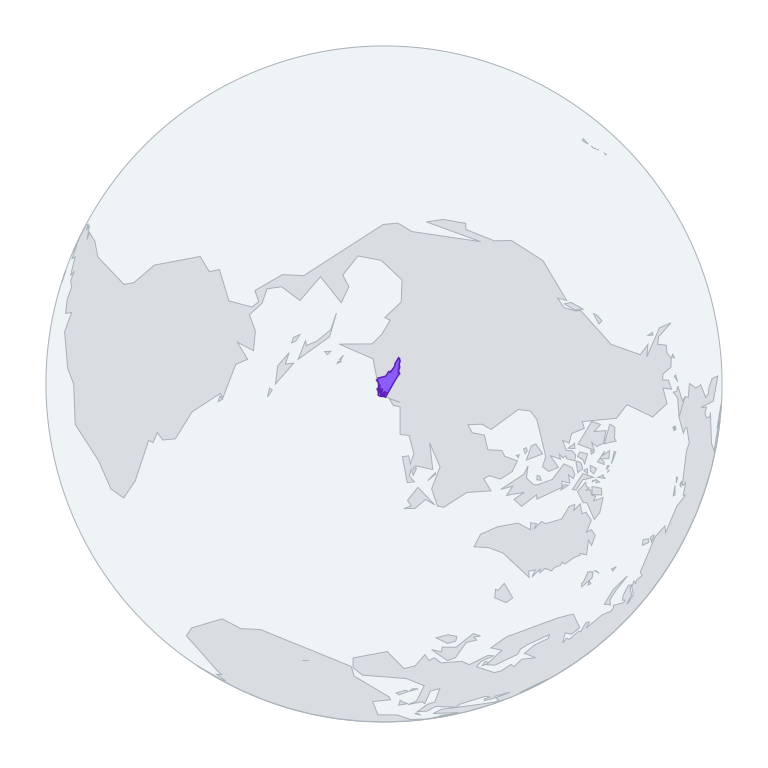 globe centered on North Carolina, rotated 120°
{"feature_id": "USA-3549", "entity_name": "North Carolina", "entity_type": "State", "adm_level": 1, "iso_a3": "USA", "parent_name": "United States of America", "parent_adm1": "", "projection": "orthographic", "projection_center": [-78.085, 35.229], "detail": "fine", "context": "on_globe", "style": "filled", "palette": "violet", "viewbox_px": 768, "rotation_deg": 120, "n_neighbors": 0, "source": "natural_earth", "source_scale": "10m", "svg_char_len": 14926}
<svg xmlns="http://www.w3.org/2000/svg" viewBox="0 0 768 768"><g transform="rotate(120 384 384)"><circle cx="384" cy="384" r="338" fill="#eef3f6" stroke="#a8b0b8"/><path d="M383.4,536.9L375.4,533.6L367.6,542.5L340.1,526.7L330.3,507.7L246.3,464.5L237.8,452.5L238.0,435.9L212.4,371.4L222.4,428.3L211.9,415.1L204.1,393.5L209.2,390.4L204.9,360.1L196.0,345.4L197.7,308.1L220.3,267.6L222.8,276.5L227.9,266.5L225.1,255.1L222.1,250.2L236.1,207.2L230.5,176.8L217.8,175.2L229.1,170.0L197.7,173.5L187.6,166.1L205.7,169.8L212.8,166.9L209.3,159.0L215.8,154.4L217.8,148.3L225.9,143.9L235.8,147.4L241.2,144.8L238.5,139.6L244.8,132.4L248.0,140.4L259.4,129.1L278.2,134.9L280.4,163.2L297.5,165.6L317.5,193.6L322.3,188.3L333.0,196.8L342.6,194.1L343.6,200.9L350.4,193.1L347.7,187.5L349.8,182.4L355.2,180.5L357.4,188.6L355.0,190.6L358.5,192.1L357.2,197.1L360.9,193.6L362.9,204.1L369.0,191.3L377.3,197.7L376.4,205.4L366.0,207.6L338.3,233.9L334.2,243.9L338.9,254.9L369.9,268.6L369.8,279.0L377.2,290.9L382.1,283.3L378.1,271.5L389.0,261.2L382.7,248.8L386.2,243.2L383.9,230.1L395.6,229.2L408.2,235.7L410.7,246.8L416.2,250.4L423.0,238.0L436.5,258.0L460.8,270.6L463.0,276.6L451.0,290.3L427.8,294.0L412.1,315.1L433.7,298.9L439.0,315.7L444.7,317.8L451.1,315.9L453.5,308.8L457.7,314.5L437.9,331.7L433.8,326.8L440.1,321.1L429.3,323.3L416.0,336.6L419.7,344.8L395.6,358.7L398.0,365.1L394.1,372.2L391.9,360.8L395.3,382.0L367.7,406.1L371.8,442.7L355.3,414.4L341.9,410.7L325.7,410.5L326.1,416.4L304.3,410.1L284.9,420.4L278.3,448.1L286.1,470.6L310.3,474.2L317.4,463.0L335.0,461.7L322.8,492.6L353.7,498.5L350.9,521.2L360.0,532.9L375.3,530.0L391.3,535.2L402.4,521.9L420.4,513.7L421.1,531.8L430.8,514.5L441.1,522.2L476.7,516.6L474.0,521.1L504.1,536.3L535.8,537.3L543.1,547.5L539.4,556.0L550.2,554.8L550.4,559.6L592.3,551.0L612.8,552.5L611.4,568.1L593.0,593.1L573.3,631.3L539.3,652.6L528.6,665.7L498.7,686.6L478.3,690.3L482.1,695.0L469.2,700.6L455.5,703.2L451.4,707.0L441.2,708.5L446.9,709.6L428.3,715.1L431.3,716.8L417.3,719.6L419.6,719.8L415.0,720.3L409.7,720.8L408.6,721.0L395.3,721.4L393.6,719.9L399.9,718.5L393.9,718.4L407.3,713.4L400.1,714.8L405.1,705.6L417.0,695.4L427.8,659.0L421.2,651.2L395.8,642.3L365.5,607.0L374.1,591.4L367.2,583.7L389.6,559.9L383.4,536.9ZM71.8,334.1L74.2,327.1L74.0,334.0L71.8,334.1ZM74.9,321.2L74.2,323.9L74.6,321.3L74.9,321.2ZM74.6,318.3L74.8,320.4L74.3,318.6L74.6,318.3ZM73.9,315.1L74.4,316.5L74.2,316.6L73.9,315.1ZM370.3,454.8L405.6,470.7L385.8,473.6L389.5,470.4L380.5,463.6L363.8,457.3L346.4,460.6L370.3,454.8ZM74.0,308.2L74.1,306.3L74.8,307.0L74.0,308.2ZM385.4,434.8L379.3,433.6L385.2,433.3L385.4,434.8ZM219.6,249.0L224.4,255.5L224.5,267.9L219.8,262.8L219.6,249.0ZM220.4,226.8L224.5,228.0L218.3,237.7L217.9,234.0L220.4,226.8ZM207.2,175.6L209.9,179.7L205.1,177.4L207.2,175.6ZM216.7,148.3L213.9,148.8L216.1,145.5L216.7,148.3ZM377.7,231.6L380.7,230.9L379.6,233.7L377.7,231.6ZM373.8,226.9L370.3,230.6L367.9,228.9L370.1,226.6L373.8,226.9ZM230.5,135.9L235.0,130.9L232.2,136.5L230.5,135.9ZM378.7,222.7L364.2,225.5L360.1,222.6L365.2,211.7L378.7,222.7ZM238.8,128.4L249.5,117.1L244.2,116.9L265.3,111.9L249.2,122.7L246.5,129.4L244.0,126.7L238.8,128.4ZM344.5,186.5L347.6,192.4L340.0,189.3L344.5,186.5ZM339.1,185.9L312.7,185.4L310.7,176.4L320.0,178.1L313.4,168.5L325.5,164.2L331.8,168.6L330.6,175.1L336.1,168.7L339.1,185.9ZM275.3,111.4L279.4,109.5L277.0,112.3L275.3,111.4ZM350.0,180.1L344.9,180.5L342.8,172.7L352.8,170.4L350.2,173.6L350.0,180.1ZM305.8,168.3L306.0,162.4L315.9,157.2L317.3,154.4L325.6,163.4L305.8,168.3ZM353.5,174.5L357.9,169.6L363.8,171.8L354.9,179.2L353.5,174.5ZM338.1,171.7L337.6,168.0L341.1,169.3L338.1,171.7ZM387.2,177.8L381.1,177.9L379.5,173.7L387.2,177.8ZM359.1,167.7L357.1,166.9L355.8,165.5L359.8,162.9L359.1,167.7ZM331.9,159.4L336.0,158.7L329.0,155.4L336.1,151.9L340.4,158.7L341.5,154.3L343.7,153.2L344.7,160.1L331.9,159.4ZM360.0,155.9L367.8,164.2L379.6,164.5L381.3,168.1L362.1,167.0L360.0,155.9ZM350.9,157.7L356.9,157.3L356.1,161.7L351.4,164.7L350.9,157.7ZM339.4,147.2L327.4,150.8L326.9,149.2L339.4,147.2ZM363.6,155.1L361.6,153.2L364.5,154.6L363.6,155.1ZM347.0,148.5L342.8,149.8L342.4,148.0L347.0,148.5ZM361.1,148.4L363.6,150.9L360.6,152.9L361.1,148.4ZM354.8,147.7L355.1,144.9L358.0,152.1L353.0,148.6L354.8,147.7ZM347.2,146.5L345.6,145.9L349.0,146.2L347.2,146.5ZM371.3,139.9L375.6,148.5L368.8,152.6L365.6,143.6L371.3,139.9ZM408.7,721.0L396.2,721.5L408.1,721.0L417.7,720.1L425.3,719.4L408.7,721.0ZM444.6,716.3L455.0,714.2L457.0,713.8L450.4,715.3L444.6,716.3ZM656.5,184.2L655.0,182.2L654.7,181.8L654.2,181.1L659.7,188.6L661.3,190.9L658.5,187.4L661.8,191.6L675.3,212.7L687.2,234.8L697.4,257.7L705.9,281.2L712.7,305.4L717.6,330.0L720.7,354.9L721.9,379.9L721.3,405.0L721.4,399.9L721.2,376.4L720.2,372.6L719.1,383.9L717.0,379.4L715.6,385.0L700.8,429.2L691.4,428.6L668.3,406.8L667.4,385.4L658.5,368.5L645.0,271.2L651.9,263.8L652.4,223.0L654.2,220.5L664.7,235.0L673.6,223.9L663.9,206.9L661.4,193.5L652.9,179.7L631.2,155.0L644.9,176.8L636.8,171.5L617.4,145.9L603.9,128.8L600.3,126.3L600.0,130.5L588.0,120.8L598.9,131.8L601.1,131.6L608.1,138.9L606.5,139.6L602.3,135.9L603.8,140.2L623.5,158.3L627.8,160.0L637.4,178.0L645.6,183.0L651.3,191.4L639.7,186.2L634.0,181.0L619.8,183.4L626.7,190.3L640.5,188.9L640.2,192.1L649.6,202.9L642.2,197.3L625.2,198.3L627.9,217.3L646.9,257.1L645.2,268.9L636.7,273.8L614.1,247.4L620.5,224.4L612.6,216.1L597.9,213.2L601.1,206.9L595.9,203.4L597.0,195.1L585.3,178.0L584.4,169.7L567.2,158.4L564.4,153.0L575.4,161.0L582.6,162.6L578.8,144.2L574.3,139.3L563.4,133.8L563.8,130.0L553.7,127.2L545.3,116.1L547.0,127.7L534.3,122.9L522.3,114.5L518.4,115.4L537.9,129.4L545.4,133.3L551.3,133.1L572.0,147.4L576.0,154.9L555.6,148.9L559.1,159.5L541.6,151.4L499.6,116.4L488.6,105.1L497.1,92.7L507.0,96.5L508.9,102.6L518.9,99.8L512.5,98.6L512.7,95.9L500.6,91.8L500.2,89.8L489.2,89.8L487.4,86.9L494.4,86.9L474.9,79.7L467.6,73.9L463.4,73.4L460.9,74.5L453.4,67.2L450.6,67.2L452.0,69.5L447.4,71.2L436.2,71.7L434.2,69.2L438.0,68.6L442.9,64.1L453.2,63.8L451.2,63.0L441.8,62.7L435.8,68.0L429.7,69.1L431.1,66.0L430.1,67.2L426.4,67.0L420.9,64.6L418.7,68.0L380.9,72.8L366.5,69.8L372.0,65.7L343.5,69.3L329.5,67.4L330.8,69.3L318.0,73.5L322.2,74.0L321.9,75.3L291.0,88.5L282.2,90.3L270.4,99.9L271.1,101.1L276.9,100.2L265.3,111.9L244.2,116.9L243.7,113.7L230.8,119.7L231.6,112.1L226.3,109.3L234.8,98.8L229.8,98.2L225.3,100.7L215.2,102.5L210.1,98.9L234.2,90.3L245.8,97.6L242.8,93.1L249.4,91.1L252.0,87.8L249.3,85.5L245.4,87.1L271.6,70.8L277.1,64.5L262.3,70.3L252.5,73.6L247.9,74.7L270.3,65.8L293.2,58.5L316.6,52.9L340.3,48.9L364.3,46.7L388.3,46.1L412.3,47.3L436.2,50.1L459.8,54.7L483.1,60.9L505.8,68.8L527.9,78.3L549.3,89.3L569.8,101.8L589.4,115.7L608.0,131.0L625.4,147.6L641.6,165.3L656.5,184.2ZM661.1,310.9L664.2,316.5L661.1,310.9ZM575.4,105.5L573.5,104.5L563.2,97.7L558.1,94.9L562.2,97.9L581.6,111.0L585.3,112.6L575.4,105.5ZM477.8,516.2L482.1,518.9L476.5,520.0L477.8,516.2ZM383.3,481.5L390.7,481.8L394.6,484.6L388.9,485.7L383.3,481.5ZM445.1,477.8L453.4,478.4L444.8,481.0L445.1,477.8ZM411.1,472.6L438.3,478.0L421.5,485.1L404.3,481.8L416.1,479.4L411.1,472.6ZM382.3,446.5L386.9,447.8L385.6,451.5L382.3,446.5ZM389.7,434.7L387.9,435.1L385.6,432.1L389.7,434.7ZM440.2,314.6L441.9,313.4L448.5,313.0L445.6,316.3L440.2,314.6ZM476.1,294.9L482.1,304.5L475.8,299.5L473.1,305.4L456.5,303.0L463.3,279.6L463.2,290.3L476.1,294.9ZM436.3,294.4L446.0,297.8L435.1,295.1L436.3,294.4ZM566.1,194.7L570.8,193.3L576.8,199.1L577.8,211.9L569.2,203.3L566.1,194.7ZM576.1,190.1L555.5,181.9L554.0,174.4L558.3,179.9L559.4,175.7L566.6,183.5L585.3,185.3L591.8,190.7L590.3,210.0L587.2,200.3L582.8,202.0L576.1,190.1ZM505.5,181.8L496.5,180.2L504.9,165.6L512.3,168.9L513.8,181.2L506.0,184.7L505.5,181.8ZM390.5,203.8L386.5,205.6L385.9,203.1L388.8,199.6L390.5,203.8ZM384.5,178.2L407.2,193.9L403.8,196.6L421.1,203.7L419.0,213.7L407.8,208.6L419.1,222.1L408.2,221.5L416.8,230.2L392.2,217.7L382.8,218.4L394.1,213.7L396.4,204.3L394.5,200.5L382.3,190.5L363.2,188.2L362.4,179.3L366.8,173.6L371.3,172.8L370.4,178.7L377.0,173.4L379.2,181.4L384.5,178.2ZM420.0,123.5L417.1,128.8L430.7,123.2L432.9,129.6L434.3,128.6L440.1,133.2L449.6,137.3L449.1,140.4L453.0,140.7L456.9,144.1L462.2,145.7L463.0,152.1L469.5,154.7L466.2,156.4L477.1,159.3L469.4,160.1L473.7,165.1L478.9,161.7L470.9,196.5L473.5,211.8L479.9,224.6L465.8,225.3L450.9,214.2L437.5,198.5L437.0,184.2L430.8,187.6L428.7,181.9L434.5,181.6L424.3,178.8L424.1,174.2L412.2,162.7L397.5,162.4L392.8,158.6L398.5,156.4L389.8,154.2L397.3,147.7L394.1,145.0L398.3,136.4L411.1,134.4L406.5,131.6L409.5,125.4L420.0,123.5ZM372.9,137.5L387.6,132.8L396.1,134.3L385.3,148.9L387.2,152.2L380.5,162.5L368.4,160.3L371.4,157.5L371.5,154.3L375.3,156.2L372.3,152.3L376.4,148.5L375.2,144.6L380.3,144.0L372.9,137.5ZM649.8,211.8L650.0,209.0L648.9,203.6L654.8,210.7L649.8,211.8ZM638.7,212.7L637.9,209.1L645.8,215.5L645.5,218.8L638.7,212.7ZM630.9,202.0L637.3,208.4L633.7,206.9L630.9,202.0ZM574.0,157.7L572.4,154.0L574.8,154.7L578.8,158.1L574.0,157.7ZM460.8,111.2L457.8,113.3L455.7,112.3L444.7,113.4L442.2,109.1L447.8,106.8L460.8,111.2ZM637.3,162.0L643.7,169.7L643.2,169.8L641.1,167.1L637.3,162.0ZM652.6,190.6L652.3,186.4L654.2,192.6L652.6,190.6ZM456.2,106.8L452.0,107.6L453.3,105.1L456.2,106.8ZM439.7,106.2L440.2,103.1L440.6,108.8L439.7,106.2ZM428.7,77.3L446.8,80.0L458.2,80.3L462.0,77.4L464.5,83.1L446.9,82.6L428.7,77.3ZM387.1,73.3L383.8,76.7L380.0,75.2L380.2,74.3L387.1,73.3ZM388.8,75.4L394.6,79.7L389.3,81.7L385.8,77.8L388.8,75.4ZM426.1,91.5L431.6,92.4L430.4,94.4L426.1,91.5ZM236.9,79.8L254.8,73.1L255.5,73.6L233.5,81.8L238.7,79.2L236.3,80.1L231.5,82.4L236.9,79.8ZM277.4,108.4L279.2,109.4L275.4,110.1L277.4,108.4ZM324.5,75.5L323.4,77.4L319.1,77.7L324.5,75.5ZM318.0,83.1L323.7,81.4L318.5,84.2L318.0,83.1ZM336.2,77.7L326.4,81.2L334.6,76.5L336.2,77.7Z" fill="#d9dde1" stroke="#a8b0b8" stroke-width="1"/><path d="M393.7,376.1L393.7,376.5L394.0,376.8L394.0,377.0L394.2,376.8L394.3,376.8L394.3,377.2L394.5,377.6L395.0,378.8L394.8,378.8L394.6,378.6L394.6,378.3L394.4,378.0L394.3,377.9L394.2,377.8L394.2,377.6L393.9,377.5L394.1,377.7L394.2,378.1L394.4,378.4L393.8,378.2L393.6,378.0L393.3,377.7L392.9,377.6L393.0,377.5L392.9,377.7L393.2,377.8L393.4,378.1L393.5,378.2L393.5,378.3L393.3,378.5L393.1,378.6L392.5,378.1L392.6,378.3L393.0,378.7L392.9,378.8L392.3,378.5L392.1,378.3L391.7,378.2L391.9,378.4L392.5,378.8L392.0,378.9L391.9,378.9L392.0,379.0L391.9,379.1L391.7,379.2L391.4,379.3L391.2,379.3L391.0,379.0L390.9,379.2L390.7,379.1L390.5,378.3L390.7,377.7L390.4,377.5L390.6,377.7L390.3,378.1L390.3,378.7L390.4,379.0L390.6,379.2L390.6,379.4L390.5,379.7L391.3,379.8L391.9,379.5L392.1,379.5L392.1,379.8L392.3,379.7L392.7,379.8L392.5,379.6L393.0,379.4L393.5,379.4L393.8,379.5L393.7,379.6L393.6,379.8L393.8,379.8L393.7,380.0L393.7,380.4L393.7,380.6L393.4,380.6L393.5,380.7L393.8,380.9L393.7,381.0L393.8,381.1L393.7,381.2L393.3,381.1L393.4,381.3L393.5,381.3L393.8,381.3L394.0,380.9L394.0,380.0L394.3,379.8L394.4,380.0L394.6,380.0L394.5,379.9L394.4,379.7L394.7,379.8L394.8,379.7L394.6,379.7L394.7,379.4L395.0,379.7L395.3,380.3L395.2,380.7L395.3,381.1L395.1,381.1L395.2,381.4L395.2,381.6L395.0,381.8L394.8,381.9L394.8,381.7L394.6,381.7L394.5,381.8L394.2,382.1L394.1,382.3L394.0,382.5L393.9,382.8L393.7,382.6L393.7,382.9L393.7,383.0L393.3,383.2L392.9,383.2L392.7,383.2L392.3,382.8L392.3,383.0L392.2,383.3L392.0,383.1L392.1,382.7L391.9,382.9L391.7,382.9L391.8,383.1L391.6,383.0L391.5,382.8L391.6,382.7L391.3,382.6L391.3,382.4L391.6,382.3L391.8,382.1L391.2,382.1L390.9,382.2L391.1,382.4L391.0,382.5L391.1,382.8L391.1,383.0L390.9,382.8L390.9,382.7L390.8,382.8L390.6,382.8L390.4,382.8L390.1,382.6L389.2,382.4L389.0,382.2L389.1,382.4L389.2,382.5L389.3,382.7L389.5,382.6L390.1,383.0L390.4,383.0L390.7,383.2L391.6,383.5L391.8,383.7L391.7,383.9L391.3,383.9L391.5,384.0L391.2,384.1L390.8,384.3L391.2,384.4L391.3,384.4L391.2,384.3L391.3,384.2L391.4,384.4L391.4,384.6L391.1,384.7L391.1,384.8L390.6,385.2L390.6,385.3L390.4,385.4L390.0,385.4L389.9,385.3L389.5,384.9L389.3,384.8L389.0,384.5L388.9,384.4L389.5,385.4L390.2,385.6L390.4,385.8L391.0,385.4L391.5,385.7L391.3,385.3L391.6,385.3L391.7,385.1L391.9,384.9L392.0,385.0L391.9,385.2L392.1,385.4L391.8,385.5L392.2,385.6L392.3,385.5L392.5,385.4L392.4,385.1L392.5,385.2L392.8,385.5L392.6,385.6L392.4,385.6L392.5,385.9L392.4,386.0L392.2,386.1L391.7,386.6L391.7,386.8L391.3,386.8L391.3,386.7L391.1,386.4L391.0,387.0L390.9,386.9L390.8,386.5L390.5,386.6L390.4,386.8L390.6,386.7L390.7,386.9L389.8,386.9L388.8,387.2L388.7,386.7L388.7,386.9L388.6,387.2L388.4,387.1L388.5,387.3L388.3,387.4L388.0,387.7L387.7,387.9L387.3,387.8L387.6,387.4L387.3,387.0L387.4,386.9L387.2,386.9L387.2,387.2L387.3,387.2L387.4,387.4L387.4,387.5L387.2,387.6L387.2,387.8L387.4,387.9L387.4,388.1L386.7,388.5L386.0,389.0L385.7,389.4L385.5,389.8L385.2,390.0L385.0,390.5L384.9,391.5L384.7,391.7L384.8,391.2L384.8,390.8L384.8,390.6L384.6,390.1L384.7,390.8L384.7,391.2L384.6,391.5L384.4,391.8L383.2,391.7L382.8,391.8L382.6,391.7L382.4,391.8L381.7,392.0L381.7,391.9L376.4,386.5L376.2,386.4L370.9,386.2L370.9,385.4L370.3,384.5L369.8,384.8L369.7,384.8L369.7,384.6L369.8,384.4L369.7,384.2L363.8,383.7L363.4,383.7L363.1,383.7L363.1,383.8L361.9,384.1L361.5,384.4L361.4,384.3L359.8,384.7L353.9,384.5L354.2,383.1L354.5,382.9L354.7,383.0L355.2,382.9L355.4,382.7L355.5,382.2L355.7,381.9L356.0,381.8L356.2,381.5L356.9,381.2L357.5,381.2L357.7,381.3L358.1,381.3L358.8,380.8L359.1,380.7L359.3,380.5L359.7,380.3L360.2,380.1L360.6,380.1L361.0,379.6L361.0,379.4L361.0,379.2L361.5,379.3L361.6,379.1L361.7,378.9L362.4,378.6L362.5,378.8L362.5,379.1L363.0,379.0L363.3,378.6L363.6,378.4L364.1,378.2L364.4,378.1L364.6,378.2L364.8,378.4L365.0,378.5L365.3,378.3L365.8,377.4L365.9,377.2L366.3,377.0L366.8,377.1L366.6,376.8L366.9,376.3L366.8,376.0L367.1,375.6L369.1,375.9L374.5,376.2L393.7,376.1ZM394.6,376.1L394.9,377.7L395.3,378.6L396.0,379.9L396.2,380.5L396.1,380.4L396.0,380.2L395.8,379.8L395.5,379.3L395.4,379.4L395.3,379.2L395.5,379.2L395.4,379.0L395.2,378.7L395.0,377.9L394.8,377.6L394.7,376.9L394.4,376.1L394.6,376.1ZM396.4,380.8L396.6,381.7L396.5,383.2L396.4,383.7L396.2,383.8L395.3,384.1L395.5,383.8L396.4,383.5L396.5,382.5L396.5,382.1L396.5,381.9L396.5,381.5L396.2,380.6L396.3,380.6L396.4,380.8ZM392.1,386.5L393.1,385.6L393.0,385.8L392.2,386.5L391.5,387.7L391.6,387.4L392.1,386.5ZM395.5,380.0L395.2,379.7L395.3,379.6L395.6,379.8L395.8,380.1L395.8,380.3L395.6,380.3L395.5,380.0ZM389.0,387.2L390.6,387.0L390.8,387.0L390.1,387.1L388.8,387.4L389.0,387.2ZM394.3,376.1L394.4,376.4L394.1,376.4L394.0,376.2L393.8,376.1L394.3,376.1ZM386.5,388.7L387.6,388.1L387.4,388.3L386.8,388.6L386.2,389.1L386.5,388.7ZM394.1,384.5L394.3,384.5L395.2,384.1L394.9,384.3L394.5,384.4L394.0,384.8L394.1,384.5ZM384.6,391.9L384.7,391.7L384.6,392.1L384.3,392.0L384.4,391.8L384.6,391.9ZM391.4,387.2L391.5,387.4L391.4,387.4L390.9,387.1L391.4,387.2ZM393.7,384.8L393.9,384.9L393.4,385.3L393.6,385.1L393.7,384.8ZM385.0,390.7L385.2,390.3L385.3,390.2L385.1,390.7L385.0,390.7Z" fill="#8b5cf6" stroke="#5b21b6" stroke-width="1.5"/></g></svg>